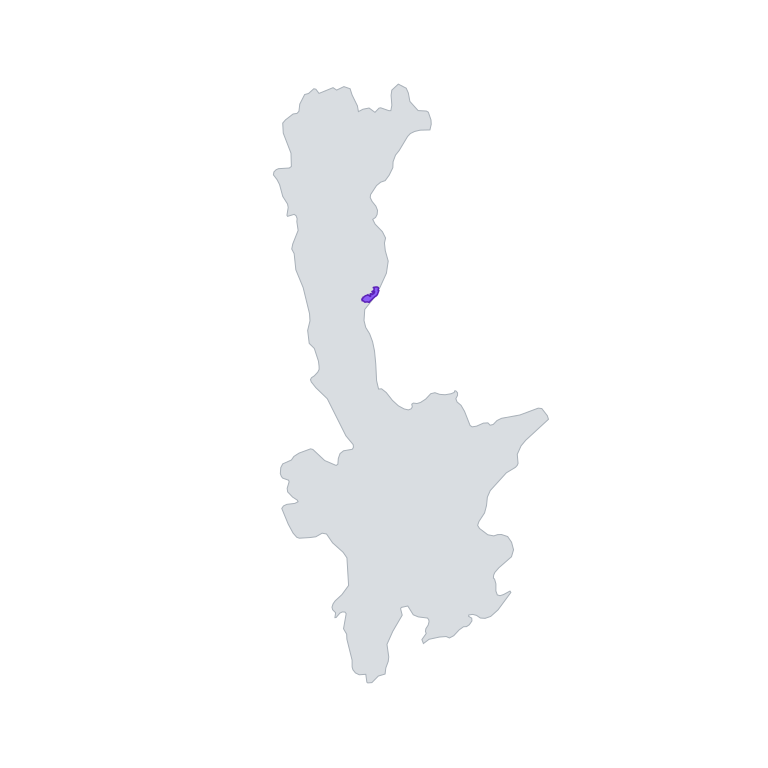 Nongbok, Khammouan, Laos shown in context, rotated 206°
{"feature_id": "54806243B28884115571756", "entity_name": "Nongbok", "entity_type": "district", "adm_level": 2, "iso_a3": "LAO", "parent_name": "Laos", "parent_adm1": "Khammouan", "projection": "natural_earth1", "projection_center": [104.827, 17.05], "detail": "fine", "context": "in_parent", "style": "filled", "palette": "violet", "viewbox_px": 768, "rotation_deg": 206, "n_neighbors": 0, "source": "geoboundaries", "source_scale": "gbopen_adm2", "svg_char_len": 6365}
<svg xmlns="http://www.w3.org/2000/svg" viewBox="0 0 768 768"><g transform="rotate(206 384 384)"><path d="M288.6,115.7L291.6,121.8L305.5,138.4L307.9,142.8L313.1,146.3L317.3,161.0L319.1,161.9L321.5,160.9L323.2,158.8L324.7,153.1L325.7,152.5L327.2,157.2L331.2,158.6L332.9,160.6L333.4,164.2L332.8,167.8L329.5,176.2L327.5,187.4L341.1,211.5L346.9,214.8L360.6,218.7L369.9,224.0L374.2,222.8L378.3,216.8L383.3,213.5L392.5,208.3L395.2,208.0L400.3,210.1L408.7,216.1L421.3,227.3L420.9,230.3L418.6,233.2L411.8,237.6L409.6,240.5L411.0,241.6L416.6,242.3L423.3,244.8L425.3,247.8L426.4,254.5L427.6,255.7L433.8,255.0L435.7,255.9L437.9,258.0L440.1,263.6L440.0,267.8L433.9,275.1L433.2,279.5L430.0,284.7L421.6,293.5L419.3,294.0L403.7,289.2L391.3,289.8L390.3,291.7L392.4,297.0L393.0,302.2L391.1,306.2L383.9,311.4L383.7,313.7L385.1,316.0L395.5,320.7L428.5,345.9L443.6,350.8L450.3,354.0L452.0,355.7L451.9,357.9L450.2,360.8L448.7,365.7L448.7,368.7L450.2,371.6L452.9,375.8L462.2,385.4L469.0,387.7L476.1,398.7L478.2,408.3L481.7,414.5L498.9,435.2L513.3,448.0L521.9,461.8L526.1,464.9L527.4,469.9L528.5,484.4L533.5,491.7L534.6,494.6L536.8,496.7L539.1,497.1L544.2,492.4L545.2,493.1L547.5,500.7L549.6,503.5L557.2,508.2L565.3,517.5L569.7,520.8L575.1,523.5L575.9,526.4L574.9,529.3L573.2,531.3L563.8,536.6L562.6,538.9L568.8,550.7L584.5,565.3L589.4,574.1L588.3,578.3L584.1,586.8L580.8,589.1L580.0,591.8L582.4,598.7L582.2,609.4L579.2,612.0L576.5,618.6L574.5,619.1L569.8,616.7L559.7,628.0L555.4,627.4L550.4,633.7L543.9,634.5L539.4,629.8L529.8,622.3L526.4,617.6L523.4,621.7L518.4,625.5L511.2,624.2L509.4,629.8L508.0,630.8L499.4,631.8L497.7,632.7L499.1,637.9L504.2,646.6L505.8,651.6L502.6,659.8L493.7,659.6L489.7,656.2L484.6,649.3L473.2,644.7L465.6,647.9L463.3,647.7L457.5,641.9L455.4,638.1L454.1,632.5L462.8,628.0L467.2,624.4L470.1,620.7L471.3,616.8L472.7,600.6L474.0,594.8L473.3,587.8L470.9,582.3L470.9,574.0L472.1,567.3L475.5,563.9L477.7,559.1L479.1,548.3L478.1,545.5L474.8,542.9L469.3,540.3L465.9,537.2L464.5,533.3L464.6,530.0L466.3,527.0L462.1,523.8L452.2,520.2L446.6,515.9L445.4,510.9L441.3,504.4L434.1,496.3L430.4,484.6L430.0,469.4L430.8,457.0L434.0,442.6L429.8,432.3L425.2,426.8L418.9,422.8L412.8,417.0L407.0,409.5L400.2,398.4L392.1,383.7L386.7,377.1L384.0,378.6L378.2,377.3L369.3,373.0L361.6,370.7L355.0,370.4L350.7,371.4L348.7,373.6L348.5,375.8L350.2,378.0L349.3,379.7L345.8,380.9L343.1,383.4L339.9,388.7L337.7,395.8L334.4,398.5L329.4,399.1L324.4,401.1L319.5,404.6L317.2,407.2L317.4,408.9L316.4,409.3L314.0,408.3L312.9,406.0L313.0,402.3L310.5,399.9L305.4,398.6L299.6,394.7L288.5,384.5L286.0,384.1L282.3,386.7L277.5,392.4L273.6,394.6L270.5,393.5L268.1,395.5L266.4,400.7L263.3,404.7L248.3,415.7L234.8,429.9L231.4,431.1L223.3,427.1L220.7,424.4L232.0,395.5L233.7,388.5L233.4,379.2L228.7,371.4L228.6,369.2L229.3,366.8L235.1,357.8L241.8,334.8L241.5,327.6L238.6,319.7L237.1,312.2L238.4,302.0L237.9,298.0L234.8,296.0L224.6,294.0L218.7,295.6L215.9,298.4L212.5,300.2L206.0,301.1L200.0,297.7L194.9,291.8L193.7,284.6L200.2,269.2L201.8,263.2L201.7,260.4L200.6,257.5L199.1,257.1L195.8,253.4L192.7,247.0L189.7,244.1L186.9,244.6L184.3,247.1L180.0,253.1L178.6,252.3L182.5,231.0L186.2,221.9L190.4,217.7L194.8,215.9L199.4,216.6L203.3,215.8L206.5,213.6L206.2,212.3L202.5,212.0L201.1,209.6L201.8,205.0L203.5,202.1L206.1,200.7L208.6,196.1L211.0,188.3L213.9,184.4L217.4,184.3L223.2,180.9L231.6,174.3L234.8,168.0L237.9,170.9L236.7,178.3L238.3,179.8L239.1,182.5L238.6,186.6L239.3,190.1L240.5,191.8L242.3,192.7L251.1,189.7L256.5,189.4L265.3,194.9L270.5,190.8L270.6,189.3L266.3,184.2L267.7,165.5L267.2,151.3L260.1,140.8L258.6,136.5L257.9,129.6L255.9,123.8L261.1,119.0L264.0,110.3L267.6,108.2L268.7,108.5L273.1,115.1L278.8,111.8L283.0,111.8L286.6,113.5L288.6,115.7Z" fill="#d9dde1" stroke="#a8b0b8" stroke-width="1"/><path d="M440.1,449.3L439.8,449.4L439.6,449.5L439.4,449.5L439.2,449.6L438.7,449.6L438.2,449.5L437.8,449.3L437.6,449.3L437.3,449.2L437.1,449.2L437.0,449.3L436.9,449.3L436.7,449.4L435.7,450.1L435.1,450.4L434.9,450.5L434.6,450.7L434.4,450.7L433.9,450.7L433.1,450.9L433.0,451.7L432.8,452.2L432.5,453.1L432.4,453.4L432.1,454.2L431.9,454.8L431.7,455.1L431.5,456.1L431.2,456.7L430.8,457.6L430.4,458.6L429.9,459.3L429.7,459.7L429.5,460.1L429.5,460.3L429.4,460.5L429.3,460.8L429.2,461.3L429.2,461.5L429.2,461.9L429.2,462.1L429.2,462.3L429.3,462.6L429.3,462.8L429.3,463.0L429.4,463.3L429.4,463.5L429.4,463.8L429.4,464.0L429.4,464.4L429.5,464.6L429.5,464.9L429.6,465.1L429.6,465.3L429.6,465.6L429.8,465.6L430.0,465.4L430.2,465.5L430.3,465.6L430.4,465.8L430.4,466.0L430.5,466.1L430.6,466.3L430.7,466.5L430.7,466.8L430.7,467.0L430.7,467.3L430.8,467.4L430.9,467.6L431.0,467.7L431.1,467.8L431.3,468.0L431.6,468.2L431.9,468.2L432.1,468.2L432.4,468.2L432.5,468.2L432.8,468.1L433.1,468.0L433.2,467.9L433.4,467.8L433.8,467.6L434.0,467.5L434.1,467.4L434.3,467.3L434.5,467.2L434.8,466.9L435.1,466.7L435.4,466.5L435.5,466.4L435.8,466.2L435.8,465.9L435.7,465.9L435.4,465.8L435.1,465.8L434.9,465.7L434.7,465.5L434.6,465.3L434.5,465.2L434.4,464.8L434.4,464.7L434.3,464.4L434.2,464.4L434.1,464.2L434.1,463.9L434.3,463.6L434.5,463.4L434.5,463.2L434.5,462.9L434.6,462.7L434.6,462.4L434.8,462.3L434.8,462.2L435.0,462.2L435.3,461.9L435.2,461.7L434.9,461.5L434.7,461.5L434.4,461.5L434.2,461.5L433.9,461.7L433.9,461.8L433.7,462.1L433.5,462.3L433.4,462.3L433.3,462.5L433.2,462.6L433.1,462.8L432.9,462.8L432.8,462.7L432.8,462.3L432.8,462.1L432.8,461.9L432.7,461.8L432.7,461.7L432.8,461.6L432.8,461.4L432.9,461.1L433.0,461.0L433.0,460.9L432.9,460.8L432.9,460.7L433.0,460.5L433.3,460.5L433.4,460.4L433.5,460.4L433.6,460.2L433.6,459.9L433.6,459.7L433.7,459.4L433.8,459.4L434.0,459.5L434.3,459.6L434.5,459.6L434.9,459.5L435.0,459.5L435.3,459.4L435.6,459.2L435.8,459.0L435.8,458.9L435.7,458.8L435.7,458.7L435.5,458.4L435.4,458.4L435.2,458.2L434.9,458.1L434.8,457.9L434.9,457.7L434.9,457.4L434.8,457.2L434.7,457.2L434.5,456.9L434.7,456.7L434.8,456.7L435.1,456.6L435.3,456.7L435.5,456.8L435.8,457.0L436.0,457.1L436.3,457.1L436.5,457.0L436.6,456.9L436.8,456.8L437.0,456.8L437.3,457.0L437.6,457.2L438.0,456.5L438.3,456.2L438.5,456.0L438.6,455.9L438.9,455.6L439.3,455.2L439.7,454.6L440.5,452.8L440.6,452.6L440.6,452.4L440.6,452.2L440.6,451.9L440.7,452.0L440.7,451.9L440.8,451.9L440.9,451.7L441.0,451.5L441.0,451.2L441.0,450.9L441.0,450.7L441.0,450.4L440.9,450.2L440.6,449.9L440.1,449.3Z" fill="#8b5cf6" stroke="#5b21b6" stroke-width="1.5"/></g></svg>